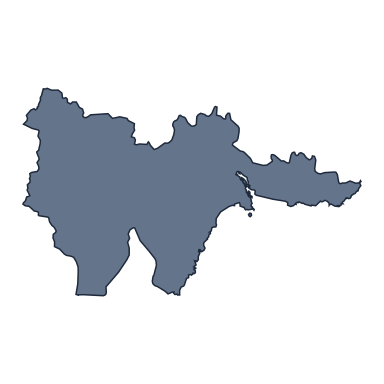 Kutai Timur, Kalimantan Timur, Indonesia
{"feature_id": "22746128B75924443266043", "entity_name": "Kutai Timur", "entity_type": "district", "adm_level": 2, "iso_a3": "IDN", "parent_name": "Indonesia", "parent_adm1": "Kalimantan Timur", "projection": "orthographic", "projection_center": [118.078, 0.931], "detail": "fine", "context": "isolated", "style": "filled", "palette": "slate", "viewbox_px": 384, "rotation_deg": 0, "n_neighbors": 0, "source": "geoboundaries", "source_scale": "gbopen_adm2", "svg_char_len": 6022}
<svg xmlns="http://www.w3.org/2000/svg" viewBox="0 0 384 384"><path d="M43.3,88.8L41.4,95.9L40.5,97.2L40.2,98.9L40.7,99.7L38.5,104.6L38.4,106.3L37.2,107.2L37.4,108.4L35.4,109.9L34.0,108.7L30.7,110.2L26.4,115.4L27.5,118.1L27.0,120.6L23.5,124.2L32.3,128.5L38.3,130.0L39.1,131.1L38.0,136.1L40.3,140.3L40.1,143.8L38.6,150.3L36.9,151.7L36.8,152.6L39.1,158.4L39.0,159.5L37.0,162.7L38.7,166.4L38.9,168.9L37.2,171.5L31.7,172.4L29.8,173.6L30.3,176.5L29.4,178.8L30.2,180.4L29.8,182.5L27.4,184.7L27.8,188.2L27.1,190.1L29.8,195.6L28.9,196.3L26.7,196.9L25.4,200.9L23.4,202.9L23.0,204.2L25.1,205.7L29.2,206.4L34.2,211.0L38.0,211.8L38.5,212.9L38.3,215.0L38.9,215.7L47.8,217.1L48.7,217.8L49.6,221.9L51.8,225.3L54.2,227.3L56.2,230.9L55.7,232.4L53.3,234.3L53.0,237.9L54.6,241.9L54.5,246.6L59.7,249.1L64.3,254.0L66.3,255.3L71.0,256.2L73.6,257.3L76.3,261.7L78.1,267.0L78.2,272.1L77.8,283.7L76.0,294.4L78.4,295.2L78.5,294.8L83.5,294.7L103.3,295.7L104.9,295.1L105.9,294.1L106.3,292.5L106.0,286.8L118.4,272.4L126.7,260.0L129.2,255.0L129.2,248.1L127.6,242.2L129.6,238.4L128.2,234.0L130.0,229.9L133.1,227.8L134.7,227.9L140.2,240.7L148.7,250.7L154.9,258.6L156.0,260.9L156.4,265.3L153.9,275.2L153.1,276.2L152.3,281.2L152.9,283.7L154.8,285.6L157.7,286.7L165.2,291.3L168.0,293.9L172.3,292.1L173.9,292.0L173.6,293.2L175.0,294.5L177.1,294.1L177.5,295.0L179.7,295.0L179.6,290.5L181.1,287.1L183.6,286.0L184.4,284.9L186.5,278.5L188.6,277.6L188.6,274.9L191.0,274.6L191.4,275.1L192.9,274.1L193.0,273.2L194.6,273.5L195.4,272.5L195.3,270.7L194.1,269.8L195.7,268.3L194.2,268.0L194.8,267.5L194.1,267.0L194.6,266.9L194.4,266.1L196.1,264.9L194.7,261.1L195.7,261.7L195.1,261.0L195.9,260.8L196.3,261.6L196.9,261.6L198.3,259.7L198.3,256.5L199.8,253.1L199.2,252.3L199.6,251.5L198.7,251.3L199.6,250.1L198.3,249.7L199.8,249.6L200.9,250.8L200.4,251.6L201.7,251.7L203.9,250.3L204.7,248.9L205.0,248.0L203.9,246.0L203.6,243.8L204.1,242.3L207.5,239.1L207.1,238.4L208.6,236.9L209.0,234.6L210.4,233.6L210.3,231.9L209.9,231.9L211.3,230.9L211.9,227.7L213.2,227.1L215.8,226.9L216.1,226.3L216.5,224.6L216.0,223.6L216.2,218.5L220.7,211.8L229.2,206.4L232.5,205.3L234.5,205.7L234.8,206.2L234.3,204.7L234.8,204.0L239.2,202.6L240.0,203.8L240.1,206.1L244.3,207.6L244.7,208.9L245.7,209.9L247.0,209.4L248.1,209.9L252.2,209.1L252.4,207.0L251.3,206.5L251.1,205.0L252.1,203.4L251.1,200.9L251.3,200.2L250.3,197.5L248.5,196.2L247.4,193.4L246.3,192.1L246.5,190.4L245.4,188.8L245.7,186.4L244.8,185.8L244.2,183.6L243.4,183.1L242.6,181.7L242.6,180.6L242.2,180.0L240.9,180.0L240.3,178.7L240.8,178.6L241.0,179.0L241.2,178.1L240.0,178.1L239.8,176.9L238.0,175.9L237.8,175.1L236.3,174.0L237.2,175.5L235.8,174.4L236.7,173.3L236.6,172.2L237.8,171.4L240.4,172.3L243.3,175.2L247.1,177.5L247.4,180.1L248.4,181.9L247.9,184.2L249.8,185.6L249.4,187.1L249.9,188.7L251.4,189.7L254.3,190.0L255.3,191.2L254.8,194.0L256.2,195.2L272.8,199.2L285.2,201.2L287.7,202.5L287.6,205.2L290.7,206.5L293.4,205.7L294.9,204.3L296.1,204.4L295.7,203.3L297.2,202.3L298.0,202.8L299.1,201.9L302.2,203.4L303.2,203.1L304.8,204.2L310.8,205.9L311.4,205.8L311.6,205.1L315.7,205.7L320.4,201.1L321.2,201.8L322.7,201.6L325.1,200.3L327.4,201.4L329.1,203.2L329.2,205.3L329.7,204.6L331.2,204.1L335.0,206.2L337.9,206.2L337.6,205.6L339.0,205.5L339.3,205.8L338.1,206.5L339.0,206.6L341.4,204.7L341.3,203.6L342.9,203.7L342.2,202.9L342.5,202.0L344.0,201.1L345.9,198.2L346.6,198.5L346.9,197.8L348.5,198.6L350.1,198.3L350.7,197.1L351.7,196.5L350.9,196.9L351.6,195.2L352.7,194.9L353.1,194.1L355.0,193.6L356.2,191.8L358.2,190.7L358.4,190.0L358.1,190.3L357.9,190.3L359.3,187.6L360.8,185.7L359.8,183.4L360.0,182.4L361.0,181.6L360.5,180.7L359.7,182.2L358.4,183.0L355.6,183.2L350.0,181.0L345.7,183.0L342.7,183.0L340.2,183.7L339.2,183.2L338.6,181.8L337.4,174.8L336.1,172.4L334.9,172.0L324.7,172.6L320.6,173.9L317.7,173.3L315.2,171.3L314.7,168.7L315.8,160.1L314.5,156.4L312.4,155.9L311.7,158.5L309.3,159.9L306.2,157.6L303.9,154.3L301.1,152.7L299.2,153.3L297.9,155.3L296.6,155.5L295.5,154.7L294.6,152.3L293.3,152.3L292.0,153.1L290.9,155.5L289.4,162.4L288.6,163.1L286.6,162.7L283.8,160.9L281.3,161.0L274.8,155.4L272.9,154.6L271.5,154.8L271.1,156.1L271.3,158.6L272.3,160.1L272.3,161.3L266.9,165.1L263.1,165.4L252.7,162.8L250.4,158.4L244.3,152.4L242.8,151.5L240.4,151.1L232.4,145.1L233.0,142.9L236.9,140.7L238.0,138.3L239.1,131.4L239.1,128.2L238.2,126.4L230.9,119.7L229.6,113.4L228.0,113.2L226.8,114.5L225.7,116.3L225.7,118.6L224.9,119.1L223.3,118.6L220.5,116.1L216.5,115.2L217.0,107.1L215.6,106.5L214.6,107.1L211.7,113.8L208.9,116.3L206.3,115.9L205.0,114.6L200.7,113.3L198.2,114.8L196.8,116.7L196.3,124.4L194.8,125.7L192.6,126.2L191.2,125.9L187.7,122.6L185.5,118.3L184.6,117.4L182.0,116.5L180.4,115.3L179.2,115.6L177.7,119.0L176.6,120.3L175.1,120.7L173.6,122.0L172.8,124.2L172.8,125.9L173.9,127.7L174.5,130.2L173.8,134.6L171.7,140.2L169.1,142.5L167.6,143.2L164.8,143.0L157.5,148.3L154.1,149.5L150.2,145.1L149.3,142.9L148.3,141.9L146.9,144.4L139.5,144.0L136.3,144.8L134.5,144.1L135.4,140.0L134.4,137.8L131.4,136.8L132.3,134.0L134.6,130.2L134.0,127.9L134.4,123.7L128.3,120.6L127.0,118.4L119.8,116.8L112.6,118.4L108.0,113.7L90.7,114.8L87.5,117.0L85.3,117.7L84.0,117.4L82.8,116.2L82.8,114.8L83.7,112.9L82.5,109.0L79.4,107.5L76.3,102.0L72.6,102.0L70.6,103.9L67.5,102.4L67.3,99.2L66.8,98.5L65.8,97.7L63.7,98.4L62.5,97.8L61.9,93.1L58.1,90.1L51.7,90.2L47.0,88.3L45.9,89.0L43.3,88.8ZM243.8,179.0L241.7,177.7L241.6,178.5L242.8,180.2L243.3,182.5L244.3,183.5L245.6,186.0L246.4,186.9L247.0,186.8L247.4,186.6L246.0,182.8L246.4,182.3L244.8,180.1L243.6,179.5L243.8,179.0ZM251.2,213.6L249.9,213.1L248.5,214.5L249.3,216.2L250.3,216.7L251.5,215.4L251.2,213.6ZM249.9,192.3L248.8,191.1L248.0,191.9L249.2,195.5L250.0,195.1L249.9,192.3ZM249.3,187.7L249.4,185.6L248.7,185.3L248.6,187.1L249.0,188.2L249.6,188.2L249.3,187.7ZM251.1,195.9L250.6,196.4L251.1,196.3L250.9,196.8L252.0,197.6L252.1,196.6L251.1,195.9ZM253.9,210.2L254.2,209.5L253.6,208.8L253.3,209.5L253.9,210.2ZM239.7,173.7L239.3,172.8L238.4,171.9L239.1,173.5L239.7,173.7Z" fill="#64748b" stroke="#1e293b" stroke-width="1.5"/></svg>